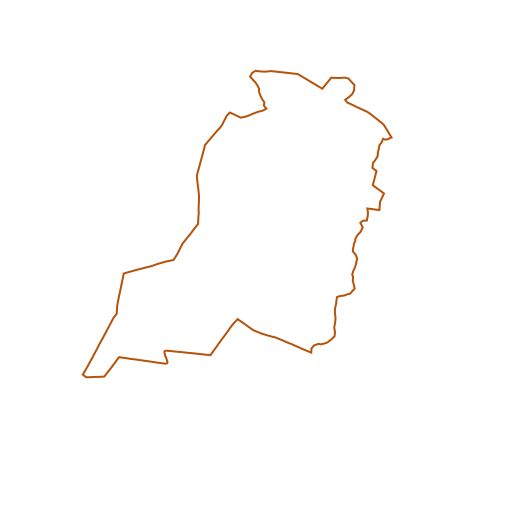 outline of Kipkelion West, Rift Valley, Kenya, rotated 306°
{"feature_id": "3690345B22667939022422", "entity_name": "Kipkelion West", "entity_type": "district", "adm_level": 2, "iso_a3": "KEN", "parent_name": "Kenya", "parent_adm1": "Rift Valley", "projection": "albers", "projection_center": [35.383, -0.158], "detail": "fine", "context": "isolated", "style": "outline", "palette": "amber", "viewbox_px": 512, "rotation_deg": 306, "n_neighbors": 0, "source": "geoboundaries", "source_scale": "gbopen_adm2", "svg_char_len": 3469}
<svg xmlns="http://www.w3.org/2000/svg" viewBox="0 0 512 512"><g transform="rotate(306 256 256)"><path d="M315.9,149.5L309.9,151.9L304.1,154.1L300.4,155.5L295.2,157.5L289.2,159.7L285.8,161.2L282.3,164.3L279.4,167.0L278.2,168.1L277.1,169.2L271.2,174.5L268.1,176.7L265.6,178.4L260.0,182.1L256.5,184.9L255.3,185.5L251.6,187.8L247.8,190.3L241.1,190.0L236.7,190.0L222.9,189.3L211.2,191.2L204.3,191.6L198.2,186.1L191.4,180.8L190.2,180.0L188.8,179.1L185.9,177.0L179.5,171.6L175.0,167.9L169.6,163.6L164.1,159.3L152.5,164.6L149.9,165.7L148.8,166.3L146.7,167.2L145.4,167.8L143.4,168.6L142.5,169.0L141.3,169.6L138.4,170.9L133.9,173.1L127.5,177.2L122.0,177.1L118.4,177.6L116.8,177.9L115.1,178.1L110.9,178.7L109.3,178.9L107.8,179.1L103.1,179.8L99.7,180.3L98.3,180.5L96.9,180.6L92.8,181.1L88.5,181.8L78.1,183.3L69.7,184.4L63.7,185.1L58.2,185.6L58.2,186.6L58.1,187.6L58.0,189.8L60.8,193.5L63.6,196.9L66.4,200.6L69.2,204.1L74.0,204.3L83.1,204.6L93.6,204.6L96.7,210.4L98.5,213.9L101.8,220.0L103.7,223.6L104.4,224.9L105.9,227.7L108.2,232.0L111.0,237.5L112.9,240.9L114.5,244.0L115.6,246.0L116.9,247.1L118.3,246.7L118.9,245.6L119.8,244.5L120.4,243.7L121.2,242.6L121.8,241.2L122.9,240.1L123.8,239.0L124.9,238.0L126.0,238.3L127.1,239.7L128.6,242.3L129.9,244.5L131.1,246.6L133.5,250.6L134.5,252.3L136.6,256.0L138.9,259.9L142.1,265.4L144.2,269.1L146.5,273.1L149.0,277.4L159.6,277.4L165.3,277.3L173.7,277.4L179.1,277.4L184.9,277.3L186.1,277.4L189.2,277.6L194.1,278.2L194.2,282.0L194.3,287.3L194.3,293.2L194.4,297.2L194.6,298.6L195.7,302.8L196.1,304.4L196.5,306.1L198.3,311.3L200.0,315.9L200.9,318.1L201.5,319.5L202.5,323.5L203.2,326.5L203.5,327.8L203.8,329.1L204.8,333.6L205.5,336.0L205.8,337.6L207.1,343.5L207.4,345.1L207.7,346.6L208.6,350.4L209.7,355.1L210.3,357.5L213.8,355.2L217.7,355.5L221.9,358.4L222.4,360.1L224.8,362.3L228.0,364.6L232.7,365.9L237.2,366.7L240.4,365.0L244.2,361.3L249.1,358.9L252.7,356.7L256.8,352.9L260.5,350.5L264.1,349.0L265.3,348.4L269.2,346.2L270.5,345.7L272.8,347.4L274.5,349.1L276.0,350.7L277.8,351.9L278.8,352.5L280.8,354.3L284.8,354.6L287.4,355.1L289.4,353.1L292.7,349.0L296.4,346.7L297.4,344.8L301.1,343.5L305.0,342.8L308.3,341.6L309.6,341.0L312.2,339.8L313.3,339.5L315.5,336.1L316.7,331.6L319.1,330.1L320.1,329.7L321.9,328.9L323.1,328.2L324.5,327.7L326.1,327.7L328.4,326.3L332.9,325.8L337.2,326.4L341.9,325.5L344.2,320.9L346.7,321.5L347.8,322.2L349.8,324.8L354.0,322.9L356.7,321.2L359.9,318.2L365.7,328.8L372.8,324.5L381.8,322.8L381.9,308.9L395.6,303.5L395.7,298.4L400.3,295.9L402.0,296.1L403.8,296.1L408.1,295.8L411.6,293.7L413.2,293.0L414.5,292.5L418.0,290.8L422.2,290.8L425.5,289.9L426.2,292.4L428.2,294.1L430.6,295.3L431.5,296.0L433.5,291.2L435.0,287.9L435.6,286.4L436.2,284.9L437.2,282.4L437.4,281.2L437.5,279.9L437.7,276.0L437.9,271.4L438.2,265.0L438.0,261.2L436.8,255.1L435.6,249.2L434.9,244.8L433.8,239.6L434.8,236.4L439.7,237.9L443.5,238.7L447.9,237.9L450.4,236.2L452.2,235.1L453.3,229.2L453.6,228.0L454.0,226.8L452.6,223.1L448.3,217.9L444.5,212.1L430.3,211.3L427.8,183.2L426.1,179.9L414.4,159.4L412.0,156.8L410.9,155.5L409.9,154.1L407.3,150.1L405.5,146.7L402.0,145.3L397.7,145.7L396.8,149.7L396.1,153.4L394.7,157.2L393.0,160.3L391.8,161.0L390.1,162.6L388.8,164.6L388.1,165.8L387.0,167.7L386.5,168.7L385.2,172.5L382.3,174.0L381.3,177.8L377.7,176.1L373.6,172.7L369.8,170.2L363.9,166.7L359.0,162.4L357.8,156.0L356.7,150.5L352.2,149.9L347.5,150.6L342.3,151.5L338.5,151.5L334.7,151.0L315.9,149.5Z" fill="none" stroke="#b45309" stroke-width="2"/></g></svg>